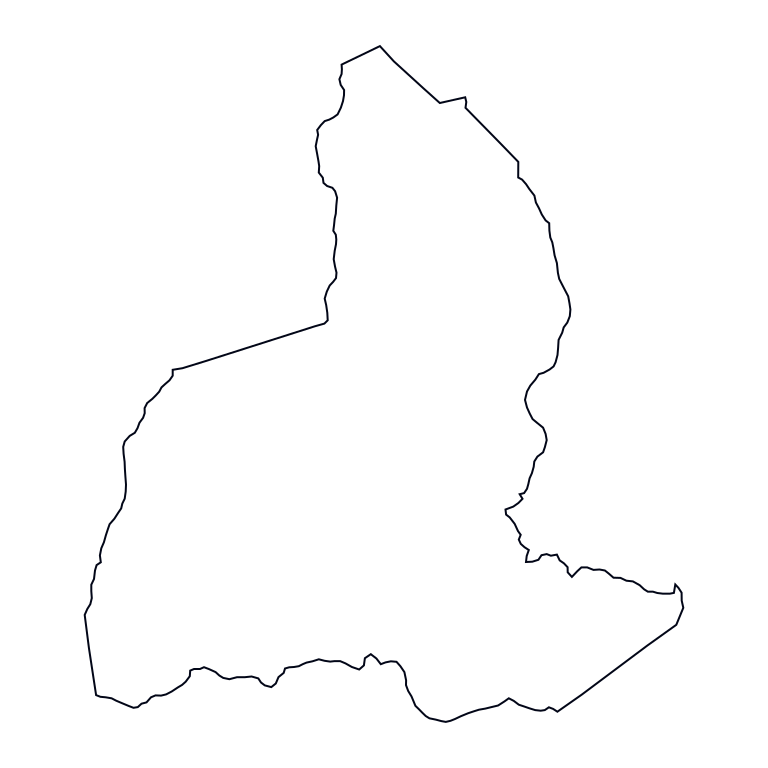 Inhambupe, Bahia, Brazil (Robinson projection)
{"feature_id": "56859067B53431248458401", "entity_name": "Inhambupe", "entity_type": "district", "adm_level": 2, "iso_a3": "BRA", "parent_name": "Brazil", "parent_adm1": "Bahia", "projection": "robinson", "projection_center": [-38.397, -11.762], "detail": "fine", "context": "isolated", "style": "outline", "palette": "ink", "viewbox_px": 768, "rotation_deg": 0, "n_neighbors": 0, "source": "geoboundaries", "source_scale": "gbopen_adm2", "svg_char_len": 3907}
<svg xmlns="http://www.w3.org/2000/svg" viewBox="0 0 768 768"><path d="M96.1,695.1L100.4,696.8L105.7,697.3L111.6,698.3L116.2,700.7L122.1,703.2L128.8,706.0L133.5,707.8L137.8,707.1L141.5,703.7L146.5,702.4L151.0,697.3L155.5,695.4L161.1,695.6L166.1,694.4L171.7,691.5L177.9,687.4L182.1,684.9L185.7,681.7L189.8,676.2L190.2,670.6L194.0,669.0L200.0,669.0L204.0,667.2L209.0,669.1L215.6,672.1L219.3,675.5L223.2,677.9L229.4,679.2L237.0,677.2L244.8,677.2L251.6,676.5L258.3,678.4L261.0,682.5L264.8,685.4L271.3,687.1L275.8,683.5L278.5,677.1L283.7,672.9L285.0,668.5L289.2,667.3L294.0,667.0L298.8,666.2L302.7,664.2L306.5,662.6L312.5,661.3L318.8,659.3L324.6,660.8L330.2,661.6L334.7,661.1L340.1,661.1L345.5,663.4L351.9,667.0L359.2,669.5L363.9,665.4L364.9,658.2L370.8,654.2L376.4,658.5L380.8,664.2L385.5,662.4L390.9,661.3L396.5,661.8L400.4,666.2L404.4,672.1L406.1,680.3L406.0,685.1L408.2,691.0L411.5,696.4L413.5,701.2L415.4,705.8L419.1,709.4L422.3,712.7L425.7,716.0L429.4,718.3L435.7,719.6L441.4,721.1L445.8,721.9L450.5,720.8L455.0,719.0L460.9,716.2L468.2,713.2L474.2,711.2L479.0,709.7L485.3,708.6L490.6,707.3L498.1,705.5L504.5,701.4L508.8,698.3L513.8,700.9L518.8,704.7L524.2,706.5L529.4,708.3L535.2,710.1L540.7,710.7L544.8,710.1L548.9,707.3L553.1,708.9L557.4,711.7L581.8,694.6L647.4,645.5L676.3,624.8L683.3,607.8L681.7,600.6L681.6,592.7L678.4,587.8L675.3,584.5L673.9,592.9L669.7,593.7L663.1,593.7L657.3,593.0L653.0,591.7L647.9,591.7L644.1,589.3L639.7,585.2L632.9,581.4L626.4,580.7L620.5,577.9L613.5,577.7L608.8,573.6L604.9,570.5L599.5,569.5L593.5,569.9L587.2,567.4L581.4,567.4L577.3,571.2L571.9,576.9L567.7,572.3L567.6,567.2L563.9,563.3L559.7,560.4L556.9,554.6L550.9,555.7L546.7,554.1L541.5,555.2L538.4,559.8L532.3,561.7L526.0,562.0L526.7,556.0L528.8,550.0L524.5,547.2L520.8,543.9L518.8,539.6L520.7,534.8L518.0,531.1L514.7,523.9L509.7,517.4L506.1,514.6L505.5,509.5L513.3,506.6L518.4,503.0L522.5,498.8L519.7,494.2L524.1,493.1L527.0,488.8L528.3,484.2L529.6,478.3L531.9,473.2L533.7,466.8L534.3,461.5L537.4,456.6L543.1,452.3L544.9,447.1L546.7,440.1L545.6,433.9L543.1,427.7L537.3,423.0L532.6,419.1L529.7,413.5L527.0,407.5L525.0,399.9L527.0,391.5L530.3,385.6L535.3,379.7L538.9,374.1L543.6,372.8L549.6,369.5L553.6,366.4L555.6,362.2L557.5,355.0L558.1,348.0L558.6,339.9L562.2,332.7L563.7,327.4L567.3,322.6L569.8,316.2L570.4,309.5L569.5,303.4L568.2,296.3L564.8,289.8L561.7,283.8L559.2,278.9L557.9,272.8L556.9,263.1L554.6,255.4L553.4,248.0L552.3,242.4L550.3,237.5L549.4,230.6L549.2,223.2L545.6,220.4L541.8,214.5L539.0,208.3L535.9,202.5L534.4,195.6L529.3,189.0L526.1,184.2L522.1,179.6L518.2,177.5L518.3,161.9L500.1,143.1L465.5,107.8L466.3,102.0L465.2,97.3L439.8,103.0L423.3,88.2L393.9,61.4L379.9,46.1L341.6,64.6L341.9,69.3L341.6,74.0L339.4,79.2L340.7,84.9L344.1,90.0L344.0,95.2L343.0,101.1L340.9,107.6L337.6,114.4L333.3,117.5L329.3,119.6L324.7,121.1L320.8,125.2L317.2,130.0L318.1,134.8L317.0,139.7L315.7,146.2L317.2,154.2L318.5,161.4L319.2,166.1L318.8,172.6L322.8,177.7L323.5,182.9L327.1,186.0L332.4,187.8L335.1,191.2L337.1,197.7L336.3,205.6L335.8,213.7L334.7,218.6L334.0,225.5L333.3,230.8L335.8,234.7L336.3,239.5L336.0,244.2L334.7,250.8L333.7,259.2L335.0,266.4L336.5,272.7L336.0,278.1L333.1,281.9L329.7,285.5L326.8,291.6L324.7,298.6L326.2,305.2L327.3,312.8L327.7,320.3L324.4,323.6L314.8,326.3L211.2,359.3L206.5,360.8L182.5,368.2L172.7,369.8L172.7,375.7L169.5,380.3L165.2,384.0L161.5,387.4L159.2,391.7L155.9,395.3L152.3,398.9L147.2,403.0L144.6,408.1L144.7,413.2L143.1,417.8L139.5,422.7L137.5,428.2L134.8,432.8L129.7,435.9L124.7,441.5L123.2,446.9L123.6,453.8L124.6,461.8L124.9,469.1L125.4,476.6L126.0,484.6L125.7,491.6L124.7,498.7L122.3,503.6L121.2,508.4L118.2,512.8L114.4,518.7L109.6,524.2L107.9,529.1L105.9,535.2L103.9,542.3L101.3,548.3L99.9,555.4L100.8,562.3L96.6,565.1L95.0,570.5L94.0,579.0L91.3,584.7L91.3,591.1L91.8,598.1L90.3,604.2L87.3,609.0L84.7,614.9L88.9,647.8L96.1,695.1Z" fill="none" stroke="#020617" stroke-width="2"/></svg>